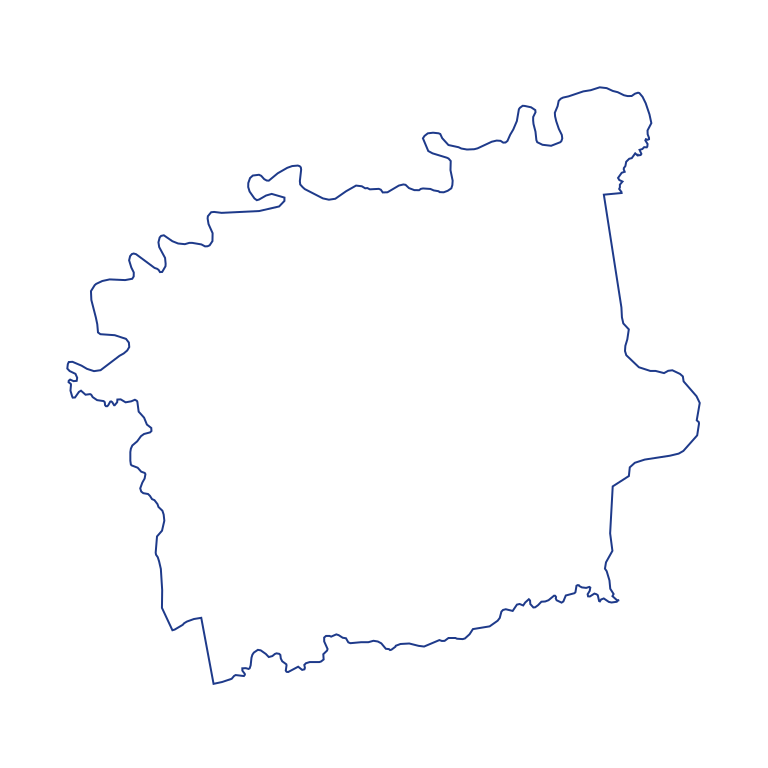 Pisaflores, Hidalgo, Mexico, rotated 184°
{"feature_id": "50627088B64688657513585", "entity_name": "Pisaflores", "entity_type": "district", "adm_level": 2, "iso_a3": "MEX", "parent_name": "Mexico", "parent_adm1": "Hidalgo", "projection": "orthographic", "projection_center": [-98.985, 21.231], "detail": "fine", "context": "isolated", "style": "outline", "palette": "blue", "viewbox_px": 768, "rotation_deg": 184, "n_neighbors": 0, "source": "geoboundaries", "source_scale": "gbopen_adm2", "svg_char_len": 6129}
<svg xmlns="http://www.w3.org/2000/svg" viewBox="0 0 768 768"><g transform="rotate(184 384 384)"><path d="M682.8,456.2L681.8,447.4L676.1,430.3L674.2,423.6L672.9,415.5L670.4,413.9L656.0,413.9L644.5,411.0L641.4,407.5L640.7,403.1L642.5,399.5L645.8,396.3L649.8,393.7L667.7,378.0L674.2,376.6L681.4,378.4L687.0,381.2L696.3,384.4L700.0,383.9L700.8,381.7L701.0,377.3L698.5,375.0L692.5,372.6L690.5,368.8L690.8,365.7L693.9,365.2L697.4,366.5L698.7,365.3L698.8,363.8L696.5,362.3L696.2,361.4L696.3,355.5L694.3,350.0L693.6,348.7L691.3,349.0L687.8,354.8L685.8,356.2L681.0,352.5L676.5,353.4L675.3,352.9L673.7,350.6L669.1,347.9L662.5,347.4L661.3,346.4L660.8,343.5L659.9,342.5L658.7,342.5L657.7,343.4L655.9,347.3L655.0,347.6L653.8,346.9L651.8,344.0L651.2,344.0L648.9,347.2L648.9,349.9L645.6,350.3L640.5,347.7L634.9,349.1L631.4,350.9L629.4,350.0L628.8,349.0L626.8,339.3L621.0,333.7L617.7,327.0L613.1,323.9L612.7,320.9L614.0,319.4L619.9,317.4L622.8,315.0L626.2,309.6L630.8,305.1L632.0,301.8L632.3,298.4L631.7,289.8L630.9,286.0L630.1,285.2L623.9,283.3L620.1,279.6L616.5,278.6L615.7,277.4L616.2,273.0L618.2,268.8L619.9,262.9L618.7,259.8L616.5,258.3L611.7,257.8L609.7,256.1L607.4,253.0L604.9,252.1L601.6,248.4L600.4,245.6L596.2,242.1L594.7,238.4L593.6,232.3L595.2,222.2L599.8,216.1L600.0,199.8L599.5,197.8L597.6,195.4L596.0,191.4L593.7,183.9L590.9,162.9L589.9,145.2L577.9,123.6L575.7,124.4L568.0,129.7L566.7,131.4L564.0,133.3L557.2,136.3L550.0,138.0L533.1,73.0L524.8,75.4L515.4,79.3L513.2,82.3L511.7,83.3L503.4,82.9L502.5,84.3L502.7,85.2L505.3,88.2L505.5,90.5L502.0,90.9L499.2,90.3L498.2,91.0L497.4,94.0L497.1,101.7L496.4,104.8L495.1,107.0L491.3,110.0L488.4,109.7L483.1,106.5L479.9,103.6L476.4,104.8L474.0,107.1L472.4,107.8L469.7,107.5L468.5,106.5L467.8,103.0L466.2,100.3L461.9,97.6L461.6,96.5L462.0,91.2L461.1,90.1L459.5,90.0L449.9,96.0L445.7,93.1L443.5,93.8L443.1,95.3L443.9,98.2L442.4,100.0L438.8,101.4L429.1,102.1L427.4,102.8L425.0,105.0L425.7,110.2L422.2,114.1L421.8,115.7L425.7,123.0L426.0,126.9L424.3,128.6L420.8,128.9L419.1,128.3L414.1,130.9L411.7,130.3L407.5,128.0L404.2,127.7L401.6,123.8L399.5,123.1L389.0,124.8L381.7,125.3L376.6,127.1L372.2,126.7L368.6,125.1L363.7,120.0L360.6,119.9L359.4,119.0L358.0,119.5L354.3,122.7L354.0,123.7L349.4,125.8L340.7,126.9L331.2,125.2L325.7,124.9L310.9,132.4L308.3,131.7L305.6,132.0L302.0,135.1L295.1,135.6L293.4,135.0L287.7,135.0L285.5,135.8L281.2,140.3L278.2,145.7L261.7,149.6L254.1,155.8L252.2,158.7L251.0,165.1L249.5,166.9L246.8,167.8L239.8,166.6L236.0,173.2L233.4,174.0L229.7,172.8L227.9,175.9L224.5,179.4L223.2,178.2L222.7,174.7L219.4,171.5L217.6,171.8L214.9,174.1L211.8,177.8L208.0,178.3L204.8,179.8L199.6,184.7L198.5,184.7L197.5,183.5L197.7,182.0L196.7,180.3L191.6,178.3L189.9,179.6L187.9,185.7L179.4,188.6L178.5,189.7L177.9,196.2L176.7,196.9L175.5,196.8L175.1,196.1L172.4,194.9L168.1,194.7L165.0,195.9L164.0,195.3L164.4,191.9L166.2,188.5L165.6,186.4L163.8,186.4L159.5,189.6L157.4,189.1L156.0,188.2L154.3,182.5L153.5,182.2L152.4,184.2L149.8,185.4L144.5,182.3L141.8,181.9L136.6,183.0L136.1,183.9L134.4,184.8L136.4,184.5L141.3,188.3L140.3,190.5L144.0,195.5L145.4,203.8L148.8,212.8L150.7,215.2L150.1,221.6L144.5,233.5L148.0,250.8L148.7,297.8L133.3,309.3L133.0,318.0L128.3,322.9L118.6,326.8L93.8,332.4L85.2,335.1L80.7,338.1L68.0,354.6L67.0,366.4L67.3,367.9L69.5,369.6L67.7,387.1L71.4,393.6L85.3,407.5L86.4,412.4L89.4,414.7L97.3,417.8L101.4,417.0L105.4,414.4L114.1,416.0L119.2,415.6L130.9,418.5L144.3,429.6L145.9,433.7L145.9,438.9L144.4,445.5L143.6,455.6L149.5,461.1L151.3,467.1L152.5,476.9L177.9,588.2L160.3,591.1L160.5,592.1L163.0,595.0L162.4,596.6L162.6,599.3L160.2,602.6L163.5,603.9L164.9,605.9L161.6,611.3L158.7,612.5L159.8,614.7L159.8,616.1L158.4,618.3L157.9,622.6L155.1,625.8L152.6,626.6L149.5,631.6L147.7,630.2L147.0,630.4L146.8,629.7L144.0,630.3L143.3,631.5L145.4,635.4L142.7,636.4L141.0,638.4L138.4,638.4L137.9,639.2L137.8,641.8L140.3,645.2L139.8,646.5L138.0,646.0L136.7,646.7L136.8,648.0L138.4,651.5L138.8,655.3L135.5,662.9L138.0,671.5L142.5,682.3L146.1,688.5L149.5,692.0L150.9,692.3L153.9,691.1L157.0,688.6L161.0,688.2L164.8,688.8L171.2,691.4L176.2,692.3L182.5,694.7L189.5,695.0L198.3,691.5L205.6,689.8L220.0,683.8L225.4,682.2L227.6,680.9L229.5,678.6L230.2,673.3L232.5,666.5L232.0,662.9L230.5,658.1L227.4,650.7L224.0,644.9L223.3,641.4L224.0,638.7L225.0,637.5L233.9,633.3L242.6,633.7L248.0,635.9L249.0,637.9L250.5,646.3L253.0,653.8L253.6,657.3L253.8,660.8L251.8,665.7L252.2,667.8L256.6,670.3L263.0,671.2L265.1,671.2L267.7,669.0L268.6,667.5L269.8,655.6L272.8,646.9L275.5,641.5L277.8,635.1L279.6,633.4L281.9,633.1L284.7,634.7L288.6,634.7L293.4,633.2L307.1,625.6L310.4,624.5L317.6,623.7L323.3,624.3L326.1,625.4L336.4,626.9L343.1,633.3L345.3,637.3L347.0,637.9L352.6,638.1L357.8,637.1L360.9,634.3L362.3,631.8L356.1,619.5L351.7,617.5L337.0,614.1L335.3,613.4L333.0,611.1L332.6,602.0L329.7,591.6L329.7,587.2L330.5,583.9L333.9,581.2L337.8,579.4L342.0,579.3L342.9,580.1L347.9,580.6L351.3,581.8L358.7,581.8L360.9,581.2L362.5,579.8L367.2,579.5L372.8,581.2L376.4,584.2L378.6,584.4L383.0,583.0L393.9,575.5L398.6,575.0L400.7,577.6L402.8,578.3L411.7,577.2L414.3,578.3L416.4,577.9L419.9,579.7L425.7,580.0L435.2,573.7L445.5,565.4L451.8,564.0L457.9,564.9L476.6,572.9L478.8,574.6L481.5,577.2L482.1,580.6L481.6,592.1L482.1,594.3L483.3,595.4L485.2,595.9L490.8,595.0L495.6,592.9L504.7,586.8L513.1,578.8L515.2,578.8L517.8,580.0L521.0,583.1L523.3,584.0L529.4,582.8L532.0,580.1L533.4,575.0L533.2,571.0L531.5,566.6L526.2,560.1L523.7,558.5L521.5,559.3L514.8,563.8L509.3,565.8L496.3,563.0L496.1,559.7L501.0,553.8L520.7,547.8L557.9,543.4L565.5,543.8L568.4,543.3L571.4,539.1L571.5,536.8L570.2,531.3L565.5,522.5L565.1,514.6L567.6,510.2L569.6,509.1L572.1,508.8L575.9,510.5L585.1,511.4L588.1,511.2L592.4,509.6L599.2,509.8L605.1,511.7L614.0,517.0L616.7,516.2L618.0,514.5L618.9,509.6L617.8,504.9L611.2,494.5L610.2,488.6L610.2,486.2L613.1,480.3L615.3,480.0L616.8,482.1L618.4,483.1L621.0,483.8L640.4,496.2L642.8,496.7L644.6,496.0L646.2,493.8L646.9,489.6L644.2,482.6L641.4,477.8L641.2,473.8L642.5,471.4L649.5,469.6L665.0,469.2L672.2,467.1L678.1,463.8L679.5,462.4L682.8,456.2Z" fill="none" stroke="#1e3a8a" stroke-width="2"/></g></svg>